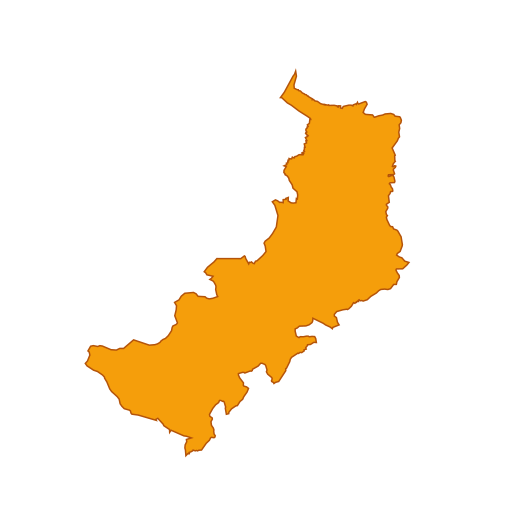 Tequila, Veracruz, Mexico, rotated 319°
{"feature_id": "50627088B92404877637147", "entity_name": "Tequila", "entity_type": "district", "adm_level": 2, "iso_a3": "MEX", "parent_name": "Mexico", "parent_adm1": "Veracruz", "projection": "orthographic", "projection_center": [-97.038, 18.75], "detail": "fine", "context": "isolated", "style": "filled", "palette": "amber", "viewbox_px": 512, "rotation_deg": 319, "n_neighbors": 0, "source": "geoboundaries", "source_scale": "gbopen_adm2", "svg_char_len": 6107}
<svg xmlns="http://www.w3.org/2000/svg" viewBox="0 0 512 512"><g transform="rotate(319 256 256)"><path d="M190.8,365.6L203.2,362.1L204.5,360.5L205.4,360.7L207.8,359.7L212.1,357.9L214.2,356.4L216.4,355.8L223.8,356.8L224.2,357.5L226.0,357.6L227.1,358.9L230.1,359.2L230.8,358.3L232.8,359.2L233.4,357.8L236.2,357.3L236.7,356.8L239.1,358.5L243.0,359.1L244.8,360.9L246.9,357.5L247.4,355.3L245.5,353.4L243.2,351.9L242.8,350.7L241.5,349.6L238.9,348.1L236.4,345.9L234.9,345.8L233.9,342.9L236.3,338.3L237.8,336.7L239.9,337.4L242.7,337.4L247.8,341.5L251.1,342.8L254.6,343.0L256.2,342.2L258.1,340.3L262.6,350.9L263.3,353.7L265.3,358.1L265.9,361.0L267.1,360.3L273.5,362.5L274.0,359.5L276.3,355.2L275.7,352.8L276.9,351.4L280.5,350.9L286.3,353.6L289.6,355.7L289.9,356.4L291.5,356.7L295.1,356.5L299.0,355.2L299.6,356.6L300.7,356.4L301.3,356.9L302.0,356.5L303.4,357.5L303.8,356.6L305.1,356.7L305.2,358.1L306.6,359.0L307.3,360.3L311.3,362.0L316.2,361.8L322.6,362.9L325.8,362.7L328.2,363.1L331.4,365.4L333.5,367.8L336.1,368.9L341.2,367.8L343.3,369.5L345.5,367.8L350.1,366.3L351.3,364.6L351.6,361.3L352.4,358.4L353.5,357.9L358.3,361.9L363.9,361.8L367.2,361.2L364.9,357.5L364.9,353.0L363.6,350.9L362.7,347.6L364.3,346.8L367.8,347.1L372.8,344.4L373.9,343.5L378.1,336.7L379.4,330.2L379.3,328.9L377.6,325.8L378.3,323.5L377.1,322.3L376.9,320.7L378.7,314.3L379.9,312.2L381.7,311.7L381.6,310.4L383.0,307.7L386.9,306.3L387.7,305.4L387.7,303.4L388.3,302.5L391.8,302.9L395.5,297.4L398.1,296.8L399.8,295.7L401.4,296.8L401.9,296.7L403.1,294.8L403.3,292.5L404.1,290.5L404.0,289.0L404.6,288.7L405.3,288.8L408.7,291.4L409.9,290.7L411.9,287.0L412.2,285.5L411.6,284.4L408.3,283.2L408.1,282.6L408.8,281.8L409.3,281.6L413.3,284.8L414.5,284.9L416.1,281.0L416.9,280.6L419.3,280.5L420.5,279.9L420.0,278.9L418.0,278.5L417.7,277.9L420.2,276.4L423.3,275.9L423.3,275.2L426.4,271.3L427.2,271.3L429.6,263.8L438.2,261.8L440.8,260.5L442.5,260.2L445.0,256.2L448.1,254.0L450.1,250.9L452.8,250.5L454.8,248.9L455.7,246.4L455.8,245.2L452.7,241.7L452.8,239.5L451.2,236.8L446.6,233.5L444.0,232.7L440.8,230.8L436.6,229.1L436.3,228.9L436.5,226.0L431.5,220.9L431.0,218.0L434.2,216.2L439.4,214.4L440.2,212.3L439.8,211.1L433.1,208.6L433.0,207.7L433.4,206.6L431.2,207.4L431.2,206.7L428.5,205.7L427.6,206.3L426.8,204.6L425.1,203.1L420.6,200.7L419.9,200.4L418.0,201.2L416.9,199.8L418.3,198.2L417.0,196.9L415.7,197.5L415.4,196.7L415.9,196.2L413.8,193.5L409.8,190.2L410.0,189.6L408.8,188.9L407.2,186.6L407.0,187.0L404.7,183.4L403.8,179.6L402.2,177.6L402.1,175.8L401.0,174.9L401.7,174.5L400.3,170.6L400.3,169.5L399.9,169.3L399.7,167.2L398.8,166.1L398.8,165.2L397.9,163.3L397.8,160.7L396.7,159.1L397.0,158.3L396.2,157.5L394.9,154.5L396.9,151.8L404.5,146.8L407.2,142.5L404.3,144.1L401.9,144.6L384.8,151.0L378.4,152.5L379.3,153.4L380.1,161.0L381.6,165.4L383.5,174.6L386.4,184.3L387.3,187.9L386.9,188.8L386.3,188.2L383.3,190.9L380.8,190.7L380.3,192.5L379.1,192.2L378.7,192.9L376.9,193.0L375.9,194.2L375.7,195.7L374.7,195.6L374.7,196.1L373.8,196.2L374.2,199.2L373.4,199.0L373.3,199.6L371.0,199.0L370.1,202.3L369.2,201.8L368.3,203.8L365.9,203.1L364.4,206.1L363.9,205.7L362.2,207.5L361.4,207.6L361.1,209.0L358.8,208.4L359.1,209.3L357.9,209.1L358.9,210.1L357.9,210.5L355.0,207.8L351.9,207.3L350.6,206.5L349.1,207.0L348.3,205.2L346.8,206.0L346.2,205.8L344.9,204.1L344.2,205.1L343.0,204.7L342.8,205.5L342.0,205.5L341.3,206.5L339.8,205.9L339.2,207.2L336.4,206.4L337.4,208.4L333.4,209.7L331.8,211.3L331.8,213.5L331.3,213.7L332.1,216.2L331.8,218.7L330.7,220.9L330.0,226.0L328.4,229.1L329.1,234.4L327.5,237.3L324.6,240.1L324.2,239.1L321.1,242.0L318.8,240.5L317.3,238.8L316.4,235.5L318.8,233.0L316.3,232.1L315.8,232.9L313.5,231.3L311.5,233.6L310.1,231.8L309.1,231.2L308.5,228.5L307.5,226.4L303.9,225.8L303.5,230.1L299.1,239.9L290.3,247.5L283.3,249.9L277.8,251.1L272.7,250.8L270.5,251.6L269.5,254.5L266.5,259.2L261.4,260.1L253.6,260.3L252.2,259.6L249.6,260.6L248.9,259.3L248.7,257.5L247.8,257.4L246.9,256.4L245.3,257.2L246.6,251.1L247.5,249.2L247.3,248.3L242.8,248.0L224.8,232.3L220.4,232.9L212.0,232.7L206.6,233.9L207.0,235.6L206.6,238.0L210.3,243.1L207.7,243.6L205.8,243.4L207.1,246.4L207.2,247.9L206.4,251.6L205.6,253.0L203.6,254.8L201.0,259.5L200.5,261.5L195.7,259.6L192.6,257.7L191.1,255.5L190.8,253.3L185.8,248.4L186.0,245.3L184.9,242.5L177.8,237.4L173.2,237.3L169.1,238.6L164.1,237.6L163.4,241.4L160.4,244.3L155.5,247.8L152.9,254.8L152.5,255.1L150.8,255.3L147.4,254.3L145.9,254.9L143.2,257.0L137.5,258.6L133.5,258.8L131.1,258.0L128.5,257.8L126.9,258.2L124.0,257.7L121.5,256.6L117.0,253.3L108.6,239.0L95.4,238.9L92.6,236.4L88.9,235.4L85.1,231.6L81.0,223.2L79.3,221.2L77.2,220.5L74.4,216.9L72.0,215.6L66.9,217.4L67.1,219.1L65.6,221.8L59.9,224.7L56.7,225.1L56.4,228.1L58.5,235.6L60.6,239.2L62.1,245.1L62.2,247.9L61.6,248.8L60.8,253.3L58.4,260.4L58.1,263.6L59.0,271.1L58.8,274.3L56.5,278.4L56.2,281.5L56.4,284.8L59.4,289.4L59.6,290.3L58.5,292.9L58.6,294.0L62.7,298.7L72.9,314.6L73.1,313.6L75.4,314.1L75.6,322.0L75.1,323.6L76.9,330.2L75.2,332.4L77.6,331.8L83.6,344.5L85.2,346.3L87.9,350.9L83.1,348.8L81.9,350.7L78.6,352.1L76.4,354.2L75.4,356.2L72.1,360.7L74.9,360.4L75.6,361.4L76.1,361.4L76.6,360.4L78.8,361.2L80.5,361.5L81.2,361.2L82.3,363.2L83.5,363.7L84.1,364.8L85.3,365.0L87.6,366.7L95.6,364.7L99.9,364.5L102.3,363.5L103.4,363.6L105.0,365.5L105.8,365.8L107.3,365.0L107.6,362.8L109.2,360.4L110.1,359.7L110.9,357.9L111.3,354.6L113.3,351.5L116.0,350.5L116.7,349.5L116.0,346.6L117.0,345.0L123.3,342.7L127.9,341.8L131.6,342.1L133.4,341.2L134.0,341.2L134.9,342.3L135.4,343.8L136.2,344.3L136.2,345.3L134.0,350.1L133.0,350.7L129.8,356.0L132.0,357.1L133.0,356.1L137.3,355.3L142.4,355.9L143.8,356.7L148.5,355.3L151.9,355.4L154.4,354.2L160.0,352.8L163.5,351.0L163.0,348.6L161.5,346.2L161.6,345.3L163.3,343.5L163.7,337.4L164.6,334.4L165.6,333.2L169.5,335.0L170.7,336.2L170.8,337.0L176.0,338.9L177.0,339.9L178.0,340.0L179.1,339.2L185.5,340.5L189.1,340.0L190.2,340.9L191.6,343.8L191.4,345.2L189.5,349.3L187.9,350.2L187.3,352.8L188.1,357.9L187.9,358.9L186.5,360.1L185.8,360.3L185.5,361.0L186.2,363.0L185.9,364.0L187.9,364.2L190.8,365.6Z" fill="#f59e0b" stroke="#b45309" stroke-width="1.5"/></g></svg>